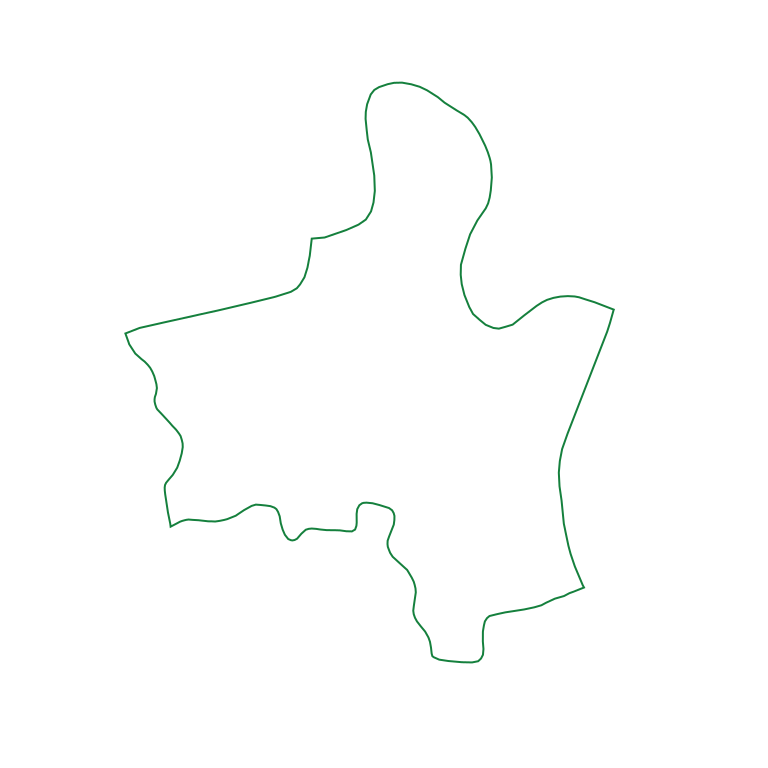 Quan 7, Hồ Chí Minh city, Vietnam (Natural Earth projection), rotated 347°
{"feature_id": "81297802B84259990428862", "entity_name": "Quan 7", "entity_type": "district", "adm_level": 2, "iso_a3": "VNM", "parent_name": "Vietnam", "parent_adm1": "Hồ Chí Minh city", "projection": "natural_earth1", "projection_center": [106.723, 10.738], "detail": "fine", "context": "isolated", "style": "outline", "palette": "green", "viewbox_px": 768, "rotation_deg": 347, "n_neighbors": 0, "source": "geoboundaries", "source_scale": "gbopen_adm2", "svg_char_len": 3675}
<svg xmlns="http://www.w3.org/2000/svg" viewBox="0 0 768 768"><g transform="rotate(347 384 384)"><path d="M144.0,475.0L149.0,473.7L151.3,473.1L154.2,472.3L156.6,472.0L159.1,471.9L159.4,471.9L159.9,471.9L161.0,471.9L163.1,472.1L166.5,473.2L172.6,475.0L181.7,478.2L185.7,479.2L188.5,480.0L191.9,480.3L193.3,480.4L197.5,480.5L200.8,480.4L206.0,479.6L209.9,479.0L212.7,477.9L219.3,475.4L227.6,473.0L232.0,472.7L236.2,474.0L241.5,475.8L245.9,477.5L249.4,479.8L251.0,481.7L252.0,484.8L252.6,489.4L252.1,496.5L252.5,503.1L253.5,508.6L255.8,513.5L258.1,515.2L259.5,515.8L261.8,515.9L264.5,515.2L269.8,511.3L275.0,508.4L278.1,508.2L281.1,508.6L285.3,509.9L289.1,511.4L295.3,513.5L303.6,515.5L308.1,516.7L314.2,519.0L319.6,520.4L323.1,519.3L325.2,516.0L326.2,513.0L328.1,504.4L329.8,499.9L332.7,496.6L335.8,495.3L337.3,495.2L340.3,495.7L346.0,497.6L352.3,500.9L361.0,506.0L363.5,508.9L364.4,512.0L364.5,514.9L363.5,518.9L361.9,523.2L354.7,533.7L352.3,537.5L351.4,540.8L351.1,543.5L351.5,546.6L352.0,549.9L353.6,554.3L358.9,562.0L363.2,568.2L364.7,570.3L365.6,573.0L367.5,579.0L368.5,583.3L368.7,586.5L368.7,590.3L368.1,594.2L363.2,606.8L361.5,611.5L361.2,615.0L361.6,618.7L362.7,622.7L365.3,628.3L368.4,634.5L370.3,641.0L370.8,645.5L370.5,651.4L369.8,657.4L369.9,660.0L370.5,660.8L371.0,661.4L375.8,665.0L384.4,668.4L397.3,672.6L407.2,675.1L413.4,675.3L416.8,673.3L419.5,670.1L421.3,664.6L422.4,657.1L424.6,647.8L424.9,646.9L427.1,641.6L428.9,638.0L431.7,635.3L434.6,633.8L441.8,633.7L443.8,633.7L450.9,633.8L460.2,634.5L469.8,635.2L480.2,635.4L487.6,635.0L492.7,633.6L502.2,631.6L511.7,631.1L517.7,629.5L521.2,629.1L533.1,627.3L532.4,624.8L528.9,604.6L527.6,591.5L527.3,583.2L527.6,568.6L527.7,566.0L527.7,565.8L527.7,565.7L527.8,560.6L530.8,537.5L532.0,523.2L534.4,509.7L538.0,498.6L542.9,487.5L551.8,473.5L613.3,383.1L618.0,375.2L624.4,363.5L624.6,363.2L607.6,351.7L599.4,346.9L593.6,343.4L589.5,341.6L582.8,339.7L575.5,338.5L568.5,338.2L561.8,338.7L556.4,340.0L550.3,342.2L536.0,348.7L522.7,355.1L515.2,355.6L508.4,355.9L503.2,354.0L496.4,349.2L491.7,343.1L486.5,335.8L485.1,330.6L484.9,330.0L484.4,328.2L482.4,315.4L482.2,304.2L483.3,294.9L485.8,285.1L493.8,270.4L501.6,257.5L511.8,245.6L522.7,235.7L526.1,231.4L528.9,226.1L531.6,219.4L535.5,207.1L536.7,200.1L537.7,194.1L537.9,190.5L537.8,187.3L537.3,181.5L536.2,174.6L534.4,166.9L533.2,161.9L530.7,154.0L528.4,148.6L525.5,143.4L522.7,139.9L516.4,133.8L510.8,128.1L506.3,123.5L500.9,116.5L492.0,107.5L485.6,102.4L482.2,100.5L478.0,98.1L469.3,94.4L461.6,92.8L455.0,92.7L446.0,93.6L440.7,95.3L436.2,98.9L430.5,107.6L427.5,114.7L425.7,121.5L424.2,133.2L423.2,142.1L423.3,155.4L421.4,178.7L418.5,193.8L414.6,204.8L410.2,212.9L403.3,219.7L395.0,223.0L381.8,225.5L359.1,227.9L346.3,226.1L340.5,242.4L338.4,247.0L337.5,249.1L337.1,250.0L335.6,253.4L330.5,262.1L324.6,268.1L320.6,271.1L314.1,273.2L311.0,273.5L307.0,273.8L298.3,274.5L295.5,274.6L295.3,274.6L294.9,274.6L271.9,274.9L271.2,274.9L268.0,274.9L244.3,275.0L238.7,275.0L238.0,275.0L219.4,274.8L215.3,274.8L182.1,274.5L178.9,274.5L178.4,274.5L158.5,274.4L143.4,276.6L144.5,285.9L144.7,288.0L146.6,293.2L148.5,298.4L153.3,305.2L155.8,308.3L158.1,312.1L159.8,315.6L161.0,319.7L161.9,324.6L162.1,329.2L162.2,333.0L161.8,336.9L159.6,342.3L157.8,345.2L157.0,347.3L156.5,349.6L156.5,352.6L156.8,355.7L157.0,356.5L157.4,357.8L161.0,363.9L166.4,373.4L168.3,377.0L171.2,381.9L173.2,386.4L174.1,389.0L174.4,393.0L174.4,394.8L174.4,395.9L174.4,396.6L173.7,400.2L171.3,406.1L167.7,412.8L163.7,419.0L157.8,425.0L153.3,428.3L149.5,431.2L147.9,433.2L147.0,435.6L146.4,438.7L146.0,442.2L144.7,459.3L144.6,460.2L144.3,472.1L144.0,475.0Z" fill="none" stroke="#15803d" stroke-width="2"/></g></svg>